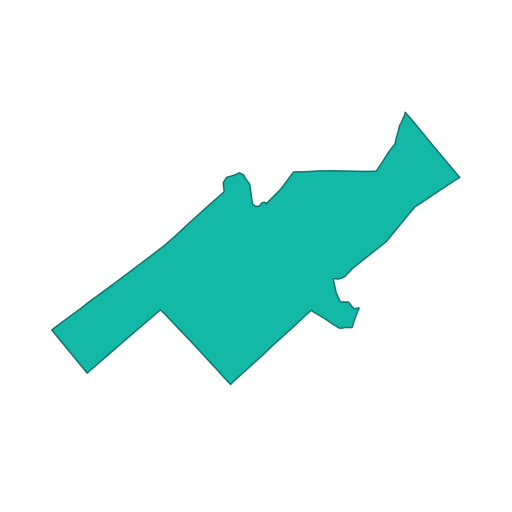 Al Mayadin, Dayr Az Zawr, Syria (Albers equal-area conic projection), rotated 353°
{"feature_id": "27442178B96470480022323", "entity_name": "Al Mayadin", "entity_type": "district", "adm_level": 2, "iso_a3": "SYR", "parent_name": "Syria", "parent_adm1": "Dayr Az Zawr", "projection": "albers", "projection_center": [40.466, 34.927], "detail": "fine", "context": "isolated", "style": "filled", "palette": "teal", "viewbox_px": 512, "rotation_deg": 353, "n_neighbors": 0, "source": "geoboundaries", "source_scale": "gbopen_adm2", "svg_char_len": 3463}
<svg xmlns="http://www.w3.org/2000/svg" viewBox="0 0 512 512"><g transform="rotate(353 256 256)"><path d="M74.1,351.6L97.8,335.7L126.2,316.6L151.5,299.8L154.7,297.7L155.7,299.0L158.7,302.8L171.4,320.1L181.8,334.1L189.3,344.4L197.9,356.5L202.2,362.3L213.8,378.7L215.2,380.3L218.3,377.8L232.1,368.1L238.1,363.9L251.8,354.3L253.1,353.3L260.7,347.5L287.5,328.7L299.1,320.0L303.4,317.3L304.5,316.5L305.5,318.0L315.5,325.6L319.1,328.7L325.8,334.6L330.1,337.8L332.1,338.0L332.9,338.1L335.9,337.8L338.1,338.2L340.4,338.5L342.3,338.6L342.9,338.3L344.9,333.5L347.1,329.2L350.0,323.7L351.5,321.3L351.8,320.8L351.6,319.9L349.3,320.3L347.1,320.5L345.2,318.1L343.7,315.4L342.2,313.0L337.8,312.4L334.3,311.9L333.0,308.4L330.6,300.4L331.0,300.3L329.8,288.1L330.4,288.0L332.3,288.3L334.6,288.9L337.6,288.5L339.9,287.9L341.5,287.4L344.2,285.0L348.1,281.9L349.4,281.0L349.2,280.7L387.3,257.4L398.2,246.9L413.1,232.7L418.3,228.0L419.4,226.8L427.9,222.6L454.8,209.0L462.5,205.3L466.1,203.6L467.7,202.7L457.9,187.7L453.7,181.3L441.2,161.8L428.8,142.2L421.9,132.0L421.5,131.7L420.6,134.6L419.1,136.7L418.0,138.9L416.5,141.5L414.8,143.5L413.7,145.6L412.8,148.6L411.0,152.7L409.5,156.1L409.0,157.6L408.2,160.0L407.8,161.6L404.2,165.0L400.3,169.0L396.3,173.9L391.1,180.3L388.8,182.8L385.8,186.5L376.5,185.6L361.0,183.4L343.3,180.9L328.5,179.2L320.1,178.7L314.8,178.3L312.1,178.2L307.4,177.5L303.4,177.3L288.7,192.7L272.7,205.3L272.7,205.2L272.5,204.9L272.4,204.9L272.3,204.7L272.2,204.7L271.9,204.4L271.7,204.3L271.7,204.2L271.4,204.1L271.2,204.0L271.1,203.9L270.9,203.9L270.7,203.8L270.6,203.7L270.4,203.7L270.2,203.7L269.9,203.7L269.7,203.7L269.5,203.8L269.4,203.8L269.2,203.8L268.9,203.9L268.8,204.0L268.7,204.0L268.4,204.1L268.2,204.2L268.1,204.3L267.9,204.4L267.8,204.5L267.7,204.5L267.5,204.8L267.4,204.8L267.3,205.0L267.2,205.0L267.0,205.3L266.9,205.4L266.9,205.5L266.7,205.7L266.6,205.8L266.4,206.0L266.2,206.1L266.1,206.3L265.9,206.4L265.8,206.5L265.7,206.5L265.4,206.7L265.2,206.7L265.0,206.8L264.9,206.8L264.7,206.8L264.4,206.9L264.2,206.9L263.9,206.9L263.7,206.9L263.4,206.9L263.2,206.9L262.9,206.9L262.7,206.8L262.4,206.8L262.3,206.7L262.2,206.7L261.9,206.6L261.7,206.5L261.5,206.4L261.4,206.4L261.2,206.3L261.1,206.2L260.9,206.1L260.7,205.9L260.4,205.7L260.2,205.5L260.1,205.4L260.0,205.2L259.9,205.2L259.7,205.0L259.7,204.9L259.6,204.7L259.4,204.5L259.4,204.4L259.3,204.2L259.2,204.2L259.1,203.9L259.0,203.7L258.9,203.5L258.9,203.4L258.9,203.2L258.8,202.9L258.7,197.3L258.5,185.3L258.5,185.2L258.4,185.0L258.4,184.9L258.4,184.7L258.3,184.4L258.3,184.2L258.2,184.1L258.2,183.9L258.1,183.7L258.1,183.4L258.0,183.2L257.9,183.1L257.9,182.9L257.8,182.7L257.7,182.5L257.6,182.4L257.5,182.2L257.3,182.0L257.3,181.9L257.2,181.8L257.1,181.7L256.9,181.3L256.9,181.2L256.7,180.9L256.6,180.7L256.4,180.5L256.3,180.3L256.3,180.2L256.2,180.1L256.1,179.9L256.0,179.7L255.9,179.5L255.8,179.4L255.7,179.2L255.6,178.9L255.5,178.7L255.4,178.6L255.4,178.4L255.2,178.2L255.1,177.9L255.1,177.7L254.9,177.4L254.8,177.1L254.7,177.0L254.7,176.8L254.6,176.7L254.5,176.3L254.4,176.2L254.3,175.9L254.2,175.7L254.1,175.4L254.0,175.2L253.9,174.9L253.8,174.7L253.8,174.4L253.7,174.3L253.7,174.2L249.6,171.4L244.4,173.1L236.4,174.4L232.4,179.3L232.3,185.2L232.4,186.9L232.1,188.4L226.4,192.4L218.4,197.8L195.1,214.1L177.5,226.9L166.8,234.1L148.4,245.0L120.4,261.1L112.3,265.8L85.4,280.8L75.5,286.8L53.6,299.1L47.3,302.8L44.3,304.6L74.1,351.6Z" fill="#14b8a6" stroke="#0f766e" stroke-width="1.5"/></g></svg>